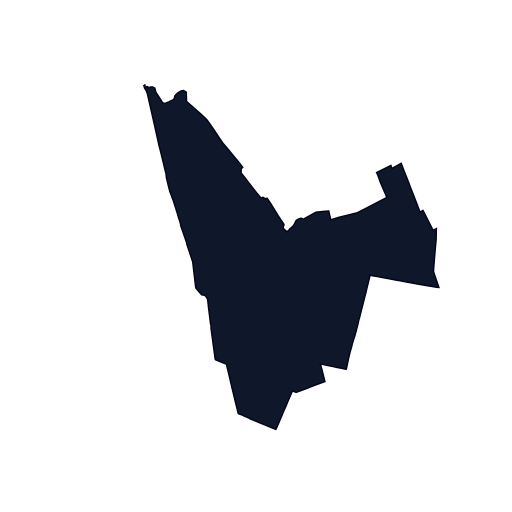 the district of Dobra, Dâmbovita, Romania, rotated 297°
{"feature_id": "2599482B42866178812340", "entity_name": "Dobra", "entity_type": "district", "adm_level": 2, "iso_a3": "ROU", "parent_name": "Romania", "parent_adm1": "Dâmbovita", "projection": "robinson", "projection_center": [25.711, 44.799], "detail": "fine", "context": "isolated", "style": "filled", "palette": "ink", "viewbox_px": 512, "rotation_deg": 297, "n_neighbors": 0, "source": "geoboundaries", "source_scale": "gbopen_adm2", "svg_char_len": 5337}
<svg xmlns="http://www.w3.org/2000/svg" viewBox="0 0 512 512"><g transform="rotate(297 256 256)"><path d="M311.0,433.2L322.6,421.3L325.7,419.9L333.2,416.8L336.1,415.6L338.1,414.8L340.3,413.9L345.2,411.9L347.0,411.2L352.5,409.0L361.1,404.8L362.3,404.3L359.3,402.1L372.4,384.1L369.6,382.1L372.4,379.1L374.6,376.7L377.0,374.0L380.0,370.7L387.5,362.2L388.6,361.0L388.8,360.8L390.0,359.5L395.0,353.9L396.5,352.1L404.5,343.3L395.7,337.4L397.9,335.1L397.6,334.9L387.7,327.5L385.1,325.6L383.1,328.1L378.3,333.1L367.6,346.0L350.3,333.7L340.5,326.6L328.2,312.4L322.2,306.2L325.6,303.3L329.1,300.4L326.9,296.7L322.3,289.6L315.8,285.2L314.2,284.1L310.7,281.8L310.3,281.2L310.2,280.1L310.3,279.6L309.9,278.7L309.1,277.9L308.3,277.2L307.1,276.3L306.0,275.7L304.5,275.6L303.2,275.7L301.9,275.7L299.2,275.3L298.5,275.0L297.1,274.5L296.4,274.2L295.4,273.7L293.8,273.6L293.0,273.2L291.7,272.7L292.7,268.5L293.9,267.0L295.2,266.9L295.7,266.9L296.1,266.9L296.4,266.7L296.8,266.6L297.1,266.2L299.6,261.6L301.1,259.0L302.2,257.0L303.0,255.7L304.0,254.3L304.3,253.6L304.4,253.4L304.6,253.1L305.6,251.6L306.0,251.0L306.1,250.7L306.3,250.4L308.1,247.4L309.2,245.7L309.3,245.5L310.4,243.5L310.7,242.9L312.4,240.0L312.5,239.9L312.5,239.7L312.4,239.6L312.0,239.1L311.8,238.9L311.5,238.5L311.2,238.1L310.7,237.6L310.6,237.4L311.2,237.3L311.3,237.1L311.4,236.8L311.4,236.5L311.4,236.2L311.5,235.9L311.3,235.6L311.3,235.3L311.2,235.2L310.8,234.9L310.5,234.8L310.2,234.7L309.8,234.4L313.2,226.4L313.6,225.6L315.4,221.7L317.4,217.6L318.3,215.7L320.4,211.3L322.3,207.2L322.9,205.8L323.8,204.2L324.2,204.4L324.7,204.4L325.1,204.3L325.3,203.8L325.8,203.6L326.5,203.4L326.8,203.4L327.0,203.4L327.5,203.4L328.2,203.6L329.0,203.9L331.8,197.9L333.0,195.2L334.5,191.7L336.3,187.6L339.5,180.2L341.4,175.5L344.4,170.0L349.3,161.3L352.9,154.7L354.6,151.3L355.0,150.6L355.9,147.9L357.1,143.7L362.2,123.9L370.3,119.5L370.6,116.3L369.1,114.4L367.1,113.0L365.1,112.0L363.1,111.3L361.7,111.0L360.5,111.3L359.4,111.7L358.1,111.5L357.0,110.8L355.4,109.5L354.5,108.9L353.6,108.4L353.0,107.7L350.9,105.9L350.6,105.4L350.4,104.8L350.2,104.3L350.1,103.9L350.3,103.1L350.8,102.1L353.0,98.5L355.6,93.9L356.2,92.8L357.3,91.6L358.2,91.0L358.7,90.6L359.0,90.2L359.5,89.6L359.7,89.3L359.7,88.6L359.6,88.2L359.7,87.7L359.5,86.6L358.8,85.6L358.6,85.3L358.2,84.9L357.7,84.4L356.7,83.6L356.8,83.3L357.6,83.0L357.6,82.8L357.5,82.1L357.3,81.7L357.0,81.7L356.7,81.9L356.4,81.8L356.2,81.5L355.8,81.2L355.8,80.9L356.5,80.4L356.6,80.0L357.0,79.7L357.5,79.7L357.9,79.5L358.0,79.3L357.8,79.1L357.5,79.1L357.1,79.0L356.9,78.8L355.2,80.3L353.2,83.5L351.1,85.7L327.8,105.1L312.4,117.8L310.4,119.4L307.2,122.3L303.3,125.7L295.7,132.2L292.6,134.8L288.4,138.5L285.0,140.7L278.1,146.6L274.3,150.0L271.0,153.7L269.4,155.3L268.0,157.0L267.3,157.6L267.0,158.0L266.5,158.5L266.0,158.9L265.5,159.4L263.4,161.5L261.4,163.5L260.0,164.8L258.6,166.2L258.3,166.6L255.4,169.2L254.9,169.7L253.3,171.3L253.1,171.6L250.1,174.4L249.6,174.7L249.4,174.8L249.2,174.9L248.8,175.3L248.4,175.6L248.3,175.8L248.1,176.0L236.6,187.9L236.0,188.4L234.9,189.2L233.3,190.9L232.5,191.7L221.9,202.4L221.5,202.6L220.8,203.1L213.3,208.1L203.4,214.7L201.9,215.7L200.5,216.7L200.2,216.9L200.0,217.3L199.8,217.7L198.3,221.3L197.8,222.6L197.1,224.3L196.8,225.1L196.8,225.4L197.2,226.5L197.4,227.3L197.6,227.8L197.6,228.1L197.6,228.4L197.6,228.9L197.3,229.4L197.1,229.9L196.3,231.3L195.7,232.2L195.4,232.5L194.9,232.9L190.7,235.7L188.9,236.8L187.8,237.6L187.2,238.0L181.6,241.8L175.5,245.9L173.6,247.5L173.4,247.6L173.2,247.8L172.1,248.3L171.4,248.6L146.1,266.1L145.3,266.8L145.2,266.9L145.7,273.5L146.2,278.7L146.0,278.9L145.7,279.2L143.7,280.8L142.8,281.6L142.3,282.1L139.3,284.6L136.5,287.0L134.6,288.6L131.5,291.2L128.9,293.4L128.0,294.1L127.3,294.7L126.8,295.2L124.9,296.8L121.9,299.4L119.1,301.8L116.7,303.8L113.5,306.6L111.8,308.1L108.7,310.7L107.5,311.8L108.2,317.1L108.0,317.5L108.4,323.9L108.2,324.3L108.8,331.3L109.0,334.5L109.9,345.3L110.5,352.4L113.5,352.3L118.4,352.0L122.8,351.7L125.3,351.5L127.2,351.4L127.8,351.3L130.1,351.1L130.4,351.1L130.8,351.1L131.1,351.0L131.7,351.0L133.6,351.0L135.1,350.9L140.0,350.5L142.2,350.3L144.2,350.2L144.4,350.2L150.9,349.8L152.3,349.7L152.4,350.4L152.7,353.6L153.0,353.9L155.1,355.9L157.5,358.1L160.2,360.6L160.4,360.8L162.7,362.8L164.7,364.5L167.4,367.0L168.9,368.3L171.5,370.8L173.9,373.0L174.2,373.3L175.2,374.2L175.4,374.4L185.3,365.8L189.0,362.4L189.9,365.3L190.3,367.1L191.6,371.7L192.5,374.9L193.6,379.2L194.6,382.5L195.6,386.3L195.9,387.7L196.0,387.8L197.0,387.6L207.8,384.7L212.8,383.5L219.1,382.3L220.9,381.8L222.4,381.5L223.6,381.3L225.4,381.0L227.7,380.6L230.4,380.2L233.1,379.6L234.9,379.3L235.1,379.3L235.4,379.2L237.0,378.7L238.7,378.4L240.9,377.9L241.8,377.7L242.8,377.4L244.1,377.1L244.7,376.9L244.8,376.9L245.6,376.7L246.5,376.5L248.9,376.1L250.3,375.7L254.3,374.8L259.1,373.7L262.7,372.9L268.8,371.5L273.9,370.4L275.2,370.0L278.3,369.3L281.2,368.6L285.0,367.7L287.5,367.1L289.1,366.7L289.9,366.5L290.7,366.2L290.7,366.4L290.8,367.1L291.9,370.7L292.7,373.1L294.3,378.7L295.6,383.0L297.1,388.2L298.6,393.5L298.9,394.0L299.1,394.8L299.7,396.8L300.1,398.4L300.8,400.6L301.2,402.2L302.1,405.1L303.2,408.8L304.0,411.6L305.1,415.2L306.4,419.2L306.8,420.6L307.8,423.7L308.5,425.8L309.5,429.1L310.4,431.8L310.8,432.8L311.0,433.2Z" fill="#0f172a" stroke="#020617" stroke-width="1.5"/></g></svg>